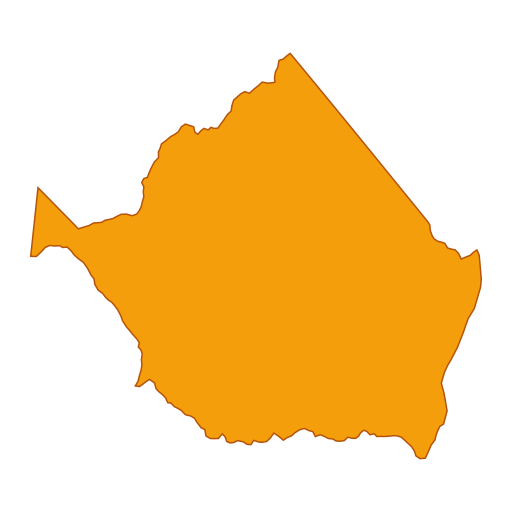 the district of Palmeiras do Tocantins, Tocantins, Brazil
{"feature_id": "56859067B46130083042183", "entity_name": "Palmeiras do Tocantins", "entity_type": "district", "adm_level": 2, "iso_a3": "BRA", "parent_name": "Brazil", "parent_adm1": "Tocantins", "projection": "equal_earth", "projection_center": [-47.673, -6.586], "detail": "fine", "context": "isolated", "style": "filled", "palette": "amber", "viewbox_px": 512, "rotation_deg": 0, "n_neighbors": 0, "source": "geoboundaries", "source_scale": "gbopen_adm2", "svg_char_len": 2860}
<svg xmlns="http://www.w3.org/2000/svg" viewBox="0 0 512 512"><path d="M290.2,53.4L286.5,56.1L283.2,59.1L279.0,60.4L277.8,67.3L275.5,71.6L274.5,77.9L274.9,82.3L271.5,82.8L267.5,83.1L262.3,82.1L258.3,85.6L254.0,89.1L249.5,93.2L244.7,91.7L240.7,93.9L237.6,96.6L233.7,100.1L231.9,105.6L231.1,111.1L227.5,114.4L223.9,119.8L220.6,124.2L217.8,128.2L214.0,128.4L210.9,127.3L208.2,129.9L203.8,128.4L200.7,131.0L197.8,134.3L194.9,132.2L193.7,126.8L188.8,125.2L185.3,124.1L181.4,126.8L178.4,131.7L174.7,134.4L170.7,136.6L165.7,140.8L161.5,143.9L160.2,148.1L158.4,152.1L158.6,157.5L154.1,162.4L151.3,167.8L149.0,172.9L147.4,177.3L143.8,178.6L141.7,182.5L143.8,186.7L143.3,192.1L143.8,197.0L142.3,201.9L141.2,206.7L139.3,210.6L136.7,214.1L132.3,215.7L126.4,214.1L121.2,214.3L117.0,216.3L113.2,218.4L109.4,219.4L105.2,220.2L101.6,222.4L97.7,222.7L93.6,223.0L88.9,225.6L83.4,227.2L78.4,228.8L38.0,187.7L30.7,256.3L36.3,256.5L41.1,252.0L45.3,247.4L49.6,245.5L54.9,246.0L59.6,245.7L62.7,247.5L67.1,247.1L71.2,250.9L74.2,255.0L78.5,258.8L83.3,262.3L86.0,266.0L88.1,269.3L90.8,274.7L94.0,278.9L94.8,284.3L98.1,290.1L102.6,293.4L105.7,297.4L108.4,300.1L111.6,302.1L114.6,305.6L117.7,309.8L120.7,315.5L122.6,320.8L126.1,326.4L129.7,330.6L132.9,334.6L137.1,339.3L139.3,342.8L138.3,347.0L140.9,350.0L142.2,353.9L141.4,359.7L141.9,365.1L141.1,370.0L139.3,376.1L138.1,381.2L135.3,385.9L139.3,386.6L142.2,384.7L145.4,382.1L149.5,379.4L154.6,383.0L156.0,388.5L158.4,391.3L162.4,394.5L165.5,397.8L167.8,402.7L171.1,403.2L174.2,406.5L177.9,408.4L181.4,410.5L185.4,414.7L190.7,416.0L194.4,418.2L197.2,422.6L201.1,427.7L204.8,429.6L206.0,436.0L210.4,438.5L213.9,438.6L218.4,438.5L222.3,433.9L225.1,436.9L226.7,441.4L230.0,442.9L233.5,442.6L237.5,440.6L243.2,441.8L247.2,444.4L251.0,444.6L253.7,440.4L258.7,442.0L262.3,442.3L266.7,441.4L270.3,438.1L273.8,433.1L278.3,436.0L283.3,440.2L287.5,437.4L291.5,435.9L295.0,432.7L300.0,429.6L304.5,428.5L308.7,430.5L312.9,431.7L315.3,436.6L320.2,434.7L324.7,436.6L328.5,438.5L332.8,439.0L336.0,440.9L339.6,441.3L344.3,440.6L347.8,437.2L352.0,438.3L355.8,438.3L358.7,436.0L360.7,432.7L363.9,430.2L366.9,431.5L370.0,434.8L374.2,433.8L376.8,436.5L380.3,436.4L384.1,436.5L388.9,436.2L393.5,435.7L397.3,435.9L401.3,437.2L405.1,440.6L408.1,443.4L411.4,446.5L414.5,451.1L415.9,455.8L419.9,458.6L425.3,458.2L428.2,452.0L431.2,445.0L435.0,439.9L436.2,434.7L437.8,430.6L439.9,426.3L443.6,424.0L447.1,410.9L444.0,393.1L441.3,383.3L444.4,372.4L447.8,365.1L450.9,359.9L457.4,347.5L463.1,333.0L468.2,318.5L474.3,308.6L480.5,287.4L481.3,279.4L479.7,260.7L479.2,255.3L476.9,249.9L473.2,252.5L470.3,255.3L466.7,256.7L461.3,259.0L458.5,253.4L455.2,249.9L451.0,249.0L447.6,248.0L444.8,243.3L441.5,242.2L437.6,241.2L434.2,238.9L432.1,235.6L430.3,230.5L429.8,224.9L427.6,221.5L351.4,127.8L327.3,98.4L290.2,53.4Z" fill="#f59e0b" stroke="#b45309" stroke-width="1.5"/></svg>